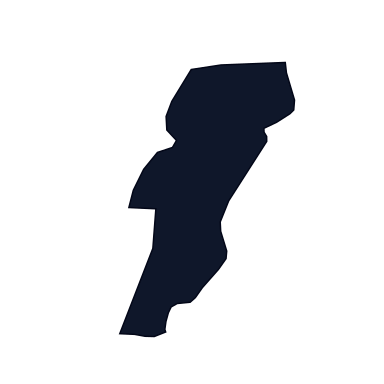 SVG path tracing the border of Sal, rotated 30°
{"feature_id": "CPV-5056", "entity_name": "Sal", "entity_type": "state/province", "adm_level": 1, "iso_a3": "CPV", "parent_name": "Cabo Verde", "parent_adm1": "", "projection": "orthographic", "projection_center": [-22.924, 16.727], "detail": "fine", "context": "isolated", "style": "filled", "palette": "ink", "viewbox_px": 384, "rotation_deg": 30, "n_neighbors": 0, "source": "natural_earth", "source_scale": "10m", "svg_char_len": 678}
<svg xmlns="http://www.w3.org/2000/svg" viewBox="0 0 384 384"><g transform="rotate(30 192 192)"><path d="M200.3,350.8L186.3,260.4L169.1,224.6L145.1,237.0L140.3,219.8L138.8,196.5L142.3,175.0L152.8,163.2L152.8,155.1L139.2,150.9L131.8,139.5L129.2,123.6L130.1,86.3L153.6,67.5L208.0,33.2L214.2,41.6L234.8,61.1L239.1,70.1L237.7,75.2L230.4,89.3L222.4,100.9L224.5,104.2L228.9,106.6L231.4,110.8L228.2,181.3L231.4,203.8L236.5,211.7L251.6,225.8L254.8,232.7L253.6,245.9L248.8,269.6L247.7,281.8L245.5,288.4L234.9,296.0L231.4,302.0L231.9,308.4L234.2,317.2L237.2,324.6L239.2,326.4L231.6,336.0L223.5,340.4L213.4,344.0L200.3,350.8Z" fill="#0f172a" stroke="#020617" stroke-width="1.5"/></g></svg>